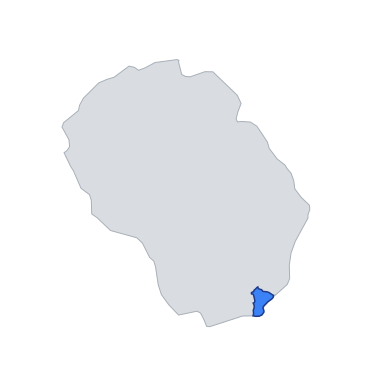 location of Pehčevo within North Macedonia, rotated 68°
{"feature_id": "MKD-3007", "entity_name": "Pehčevo", "entity_type": "Statistical Region", "adm_level": 1, "iso_a3": "MKD", "parent_name": "North Macedonia", "parent_adm1": "", "projection": "natural_earth1", "projection_center": [22.871, 41.774], "detail": "fine", "context": "in_parent", "style": "filled", "palette": "blue", "viewbox_px": 384, "rotation_deg": 68, "n_neighbors": 0, "source": "natural_earth", "source_scale": "10m", "svg_char_len": 1832}
<svg xmlns="http://www.w3.org/2000/svg" viewBox="0 0 384 384"><g transform="rotate(68 192 192)"><path d="M174.2,103.4L180.3,104.1L193.5,100.6L201.8,95.7L206.0,95.0L211.6,93.1L219.6,93.4L227.7,95.5L238.0,92.7L248.2,88.1L252.3,89.3L256.7,93.1L259.6,94.2L276.4,114.7L285.6,123.0L296.5,129.3L308.9,133.9L313.4,138.3L321.3,160.1L325.1,168.4L330.3,170.8L331.6,173.2L331.8,176.4L325.9,191.7L323.5,226.1L322.0,228.8L315.8,228.7L307.5,229.4L304.4,232.0L301.1,250.5L287.8,255.8L275.7,258.8L265.5,258.1L247.6,253.8L241.8,253.3L236.8,255.8L220.8,257.1L213.8,260.3L197.2,282.0L180.5,289.5L174.8,293.2L162.1,288.5L156.0,288.0L147.1,293.5L127.7,294.0L122.5,295.0L107.6,295.9L107.0,292.9L104.2,288.5L97.3,286.5L83.1,288.2L79.6,285.0L73.9,266.7L69.4,263.7L64.3,257.5L55.9,237.6L55.7,228.8L56.4,221.2L51.7,203.3L54.7,198.8L59.2,195.9L59.3,188.7L58.1,177.8L63.6,156.3L65.0,154.8L66.4,155.8L79.1,157.5L82.4,154.8L84.5,150.6L85.3,134.9L88.4,127.6L119.3,113.8L128.3,113.3L135.2,119.7L140.7,123.7L144.0,123.6L145.2,119.5L149.0,111.7L155.3,107.2L174.1,103.3L174.2,103.4Z" fill="#d9dde1" stroke="#a8b0b8" stroke-width="1"/><path d="M318.3,155.1L318.6,155.4L319.9,156.1L320.4,156.6L321.1,158.2L322.3,163.0L324.6,168.1L325.3,169.2L326.5,169.7L329.1,169.8L330.3,170.3L332.2,173.2L332.3,176.4L331.1,179.6L329.6,181.8L329.1,181.3L327.8,180.5L326.4,180.0L324.8,179.6L322.8,177.9L321.1,177.0L319.4,176.8L318.4,176.9L317.9,176.9L317.9,175.9L317.3,174.9L316.0,174.4L311.3,173.6L309.8,173.6L309.1,174.1L309.0,174.8L308.7,175.0L307.8,174.8L307.4,173.9L307.4,172.6L307.2,171.8L306.4,171.4L305.8,169.6L304.9,167.6L304.7,166.5L305.7,166.6L306.6,166.5L307.7,165.4L308.5,164.2L309.7,163.7L310.6,163.6L311.2,162.6L312.1,160.8L312.8,159.6L314.2,158.1L316.2,156.8L317.5,155.9L318.0,155.4L318.3,155.1L318.3,155.1Z" fill="#3b82f6" stroke="#1e3a8a" stroke-width="1.5"/></g></svg>